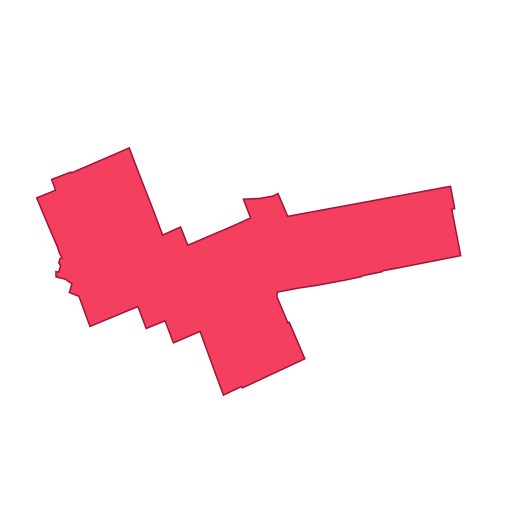 the district of Penobscot, Maine, United States of America, rotated 79°
{"feature_id": "52423323B50427589653668", "entity_name": "Penobscot", "entity_type": "district", "adm_level": 2, "iso_a3": "USA", "parent_name": "United States of America", "parent_adm1": "Maine", "projection": "natural_earth1", "projection_center": [-68.652, 45.52], "detail": "fine", "context": "isolated", "style": "filled", "palette": "rose", "viewbox_px": 512, "rotation_deg": 79, "n_neighbors": 0, "source": "geoboundaries", "source_scale": "gbopen_adm2", "svg_char_len": 1030}
<svg xmlns="http://www.w3.org/2000/svg" viewBox="0 0 512 512"><g transform="rotate(79 256 256)"><path d="M366.2,227.7L327.3,236.0L327.7,237.5L299.6,243.3L295.9,242.1L295.5,241.4L295.6,221.2L296.5,199.8L296.6,178.0L296.7,174.0L296.4,156.8L295.7,155.0L295.5,135.6L294.7,133.9L294.8,114.9L294.7,55.0L247.4,54.9L247.4,51.9L224.7,51.8L223.2,210.0L223.1,217.3L198.9,222.5L200.4,228.1L200.2,241.3L197.8,257.5L217.6,254.0L222.3,273.8L232.4,320.9L213.1,324.5L217.6,343.7L194.2,347.6L148.5,355.9L125.7,359.8L130.2,380.1L139.2,421.4L138.3,421.8L141.8,442.0L153.2,440.2L157.1,460.2L179.8,455.5L188.4,453.7L210.1,449.0L215.9,448.4L221.0,446.6L221.1,448.9L225.0,450.9L228.4,449.7L234.2,452.8L233.1,455.4L238.3,456.3L242.6,447.2L243.9,446.2L248.1,442.0L256.2,446.2L261.8,437.5L278.1,434.9L293.4,432.4L291.6,423.4L288.3,407.2L287.4,402.9L284.8,390.1L283.1,381.5L306.2,377.6L302.3,357.6L325.5,353.6L320.9,332.5L319.4,325.3L365.1,318.0L386.3,314.5L381.3,294.9L382.9,294.6L366.2,227.7Z" fill="#f43f5e" stroke="#9f1239" stroke-width="1.5"/></g></svg>